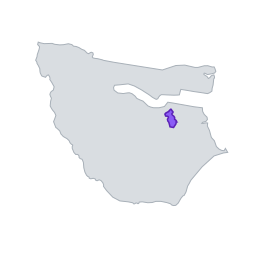 Birkelane, Kaffrine, Senegal shown in context, rotated 189°
{"feature_id": "50182788B56779252201559", "entity_name": "Birkelane", "entity_type": "district", "adm_level": 2, "iso_a3": "SEN", "parent_name": "Senegal", "parent_adm1": "Kaffrine", "projection": "orthographic", "projection_center": [-15.66, 14.036], "detail": "fine", "context": "in_parent", "style": "filled", "palette": "violet", "viewbox_px": 256, "rotation_deg": 189, "n_neighbors": 0, "source": "geoboundaries", "source_scale": "gbopen_adm2", "svg_char_len": 5282}
<svg xmlns="http://www.w3.org/2000/svg" viewBox="0 0 256 256"><g transform="rotate(189 128 128)"><path d="M199.3,117.1L202.5,122.6L201.9,125.2L201.2,129.1L203.0,131.9L205.1,133.7L206.6,135.3L208.3,137.6L208.6,142.2L208.3,145.5L209.4,147.0L210.4,148.9L210.2,150.5L209.6,151.9L207.7,153.8L207.4,157.2L210.7,161.4L212.8,163.6L212.8,164.9L213.4,166.3L214.9,168.0L215.9,167.5L216.9,166.2L217.3,165.2L220.1,165.6L221.4,166.0L223.3,168.7L223.9,170.5L224.4,172.8L226.3,175.6L228.0,177.6L228.3,178.8L229.8,180.5L229.0,184.3L229.1,186.2L228.2,191.3L228.0,193.6L228.1,194.5L230.3,196.3L230.1,198.8L227.9,198.4L224.0,198.2L216.2,199.7L213.5,199.2L208.4,199.4L204.7,200.2L200.1,201.9L196.5,201.6L194.6,200.3L192.0,200.4L189.1,199.8L186.0,198.5L183.2,197.9L180.1,195.6L178.7,195.2L177.7,195.9L176.9,196.7L176.0,197.1L174.4,196.7L173.8,195.2L174.2,193.6L174.4,192.5L173.6,191.8L171.8,191.6L168.8,191.7L164.0,191.3L162.8,191.0L152.1,190.7L140.9,190.7L131.4,190.7L119.4,190.7L111.0,190.7L103.1,190.7L97.1,193.8L90.5,197.2L81.7,199.0L71.5,198.3L68.3,198.8L64.9,200.3L62.4,201.4L58.9,202.0L54.4,201.4L52.5,201.8L51.4,200.2L50.1,197.7L51.0,195.9L53.7,194.7L57.9,193.2L60.0,194.0L61.3,194.1L61.6,193.1L61.2,192.6L58.0,191.2L56.4,189.5L55.1,190.5L53.9,192.6L52.9,193.3L51.5,193.9L50.7,192.4L50.4,191.0L51.0,189.9L50.7,183.7L51.1,180.4L50.9,177.5L52.9,175.6L54.8,174.4L62.0,174.4L68.8,174.3L75.3,174.4L81.9,174.4L82.5,168.7L84.6,168.2L87.8,167.6L93.6,166.9L100.1,166.2L101.5,165.1L102.6,163.2L103.2,161.5L104.6,160.7L106.4,161.3L108.8,162.2L111.3,163.6L114.1,164.9L116.0,165.7L120.5,167.7L128.3,170.5L134.7,171.6L142.4,169.5L148.0,168.1L148.6,165.6L147.7,163.2L143.6,161.0L138.0,161.3L136.2,161.9L133.6,162.7L132.0,163.0L129.4,162.5L126.0,160.6L123.9,158.6L120.9,157.7L117.4,156.9L111.7,152.9L108.8,152.2L106.0,152.0L100.6,152.8L95.4,154.9L92.7,159.7L87.4,159.7L76.3,159.5L66.1,159.3L57.7,159.6L56.9,156.1L54.9,153.4L51.6,151.0L50.9,148.8L52.0,146.8L55.2,145.3L55.9,144.1L54.3,144.3L51.8,145.3L50.1,145.4L49.9,142.3L47.2,138.4L44.2,131.7L40.7,128.9L37.8,123.5L34.7,121.4L31.9,120.5L29.5,120.6L28.6,123.1L25.7,119.5L29.8,118.3L38.6,113.9L48.7,101.3L57.7,86.3L58.9,82.7L60.0,80.0L60.7,73.9L62.0,70.2L63.2,69.5L64.8,66.7L66.6,61.8L68.7,59.1L71.0,58.5L72.8,58.8L74.1,59.8L77.9,60.4L84.1,60.7L89.0,59.9L92.4,58.2L96.8,57.3L102.4,57.3L105.3,56.6L105.6,55.2L106.3,54.8L107.5,55.3L108.6,55.1L109.6,54.1L110.6,54.0L111.6,54.9L116.3,55.1L124.6,54.7L132.2,57.3L139.3,62.8L143.0,66.4L143.2,68.2L144.4,70.1L146.5,71.9L148.4,72.3L150.2,71.1L151.5,71.2L152.5,72.6L154.5,72.9L156.8,72.0L158.4,72.3L158.7,73.1L159.0,73.6L160.1,73.8L161.6,74.9L163.7,77.8L165.4,81.8L166.7,87.1L168.4,89.9L170.5,90.3L171.8,91.4L172.0,92.7L172.7,93.5L173.7,94.0L175.5,93.7L177.6,95.4L179.9,99.2L180.2,101.0L179.9,101.9L180.0,102.6L181.5,103.2L183.0,104.4L184.2,106.3L186.7,108.0L190.5,109.4L193.3,111.6L195.0,114.5L198.6,116.9L199.3,117.1Z" fill="#d9dde1" stroke="#a8b0b8" stroke-width="1"/><path d="M90.0,151.4L90.1,151.2L90.2,150.9L90.3,150.9L90.3,150.7L90.5,150.4L90.8,150.3L90.9,150.2L91.0,150.2L91.3,150.1L91.5,150.0L91.6,149.9L91.7,149.7L91.8,149.7L92.0,149.4L92.3,149.2L92.7,149.0L92.7,148.9L92.8,148.9L93.0,148.7L93.2,148.4L93.3,148.3L93.2,148.2L93.3,147.9L93.4,147.7L93.6,147.6L93.7,147.4L93.6,147.2L93.4,146.9L93.3,146.7L93.2,146.6L93.1,146.4L93.0,146.2L92.9,146.1L92.9,145.9L92.7,145.7L92.4,145.6L92.2,145.6L91.9,145.7L91.7,145.8L91.4,145.8L91.2,145.8L90.9,145.8L90.7,145.7L90.4,145.7L90.2,145.6L90.0,145.4L89.9,145.3L89.8,145.1L89.8,144.8L89.8,144.5L89.8,144.4L89.9,144.2L90.0,144.0L90.0,143.9L90.1,143.6L90.2,143.4L90.3,143.2L90.4,142.8L90.4,142.7L90.2,142.4L90.2,142.2L90.1,141.9L90.0,141.7L89.9,141.5L89.9,141.4L89.8,141.2L89.7,141.1L89.6,140.9L89.4,140.8L89.3,140.7L89.2,140.6L89.0,140.4L88.9,140.3L88.8,140.2L88.7,140.1L88.6,139.9L88.4,139.7L88.3,139.4L88.2,139.2L88.1,138.9L88.0,138.7L87.9,138.6L87.8,138.4L87.7,138.2L87.6,137.8L87.6,137.7L87.4,137.5L87.4,137.4L87.3,137.2L87.2,136.9L87.1,136.7L87.0,136.4L86.9,136.2L86.8,135.9L86.7,135.7L83.1,135.6L83.0,135.8L82.9,135.9L82.9,136.0L82.8,136.3L82.7,136.5L82.6,136.8L82.5,137.0L82.4,137.1L82.3,137.3L82.2,137.5L82.1,137.8L82.0,138.0L81.9,138.1L81.9,138.3L81.8,138.5L81.7,138.7L81.7,138.8L81.6,139.0L81.4,139.3L81.3,139.5L81.3,139.8L81.3,140.0L81.3,140.3L81.3,140.6L81.3,140.8L81.3,141.1L81.3,141.3L81.4,141.5L81.2,141.6L81.0,141.8L80.9,141.8L81.0,141.9L81.0,142.0L81.2,142.3L81.3,142.4L81.3,142.6L81.5,142.8L81.7,143.0L81.8,143.0L82.0,143.2L82.1,143.3L82.3,143.4L82.4,143.5L82.5,143.5L82.8,143.6L83.0,143.7L83.1,143.8L83.3,143.8L83.4,144.1L83.4,144.5L83.4,144.8L83.5,145.0L83.6,145.4L83.6,145.5L83.6,145.8L83.8,146.0L84.0,146.1L84.1,146.3L84.4,146.7L84.9,147.0L85.1,147.1L85.3,147.2L85.6,147.4L85.9,147.5L86.1,147.7L86.4,147.9L86.6,148.2L86.7,148.4L86.9,148.6L86.9,148.9L86.9,149.0L86.7,149.4L86.5,149.6L86.3,149.8L86.2,149.9L86.1,150.1L86.0,150.3L86.0,150.5L86.1,150.8L86.1,151.0L86.3,151.3L86.5,151.4L86.6,151.5L86.8,151.6L87.0,151.7L87.0,151.8L87.2,152.0L87.3,152.0L87.5,152.2L87.5,152.3L87.6,152.5L87.8,152.6L87.9,152.8L88.0,152.9L88.1,153.0L88.3,153.1L88.5,153.3L88.7,153.2L88.8,153.2L89.0,152.9L89.1,152.7L89.3,152.6L89.4,152.4L89.5,152.3L89.5,152.2L89.7,151.9L89.8,151.8L89.8,151.7L90.0,151.5L90.0,151.4Z" fill="#8b5cf6" stroke="#5b21b6" stroke-width="1.5"/></g></svg>